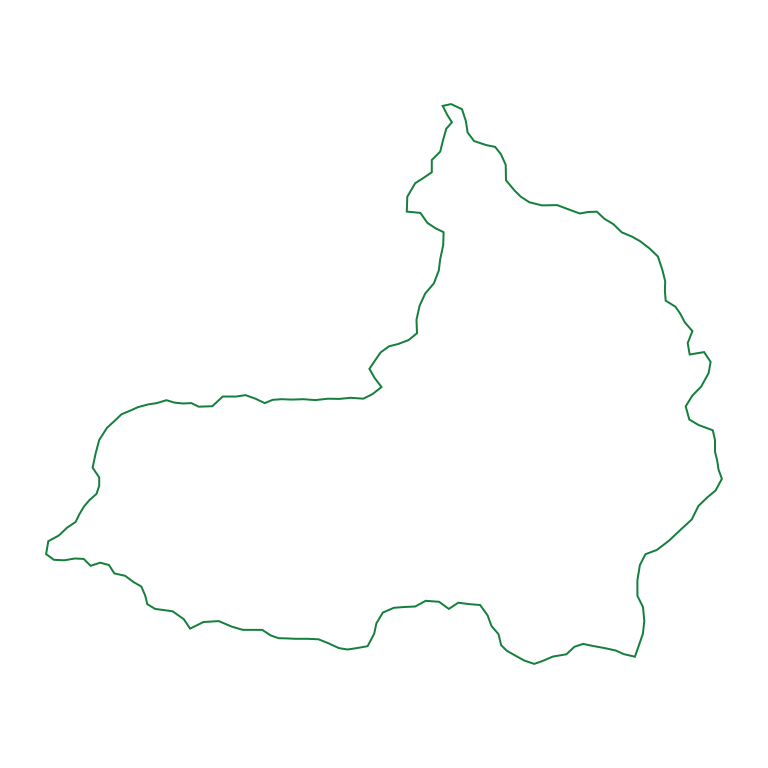 the district of São Pedro da União, Minas Gerais, Brazil
{"feature_id": "56859067B79679337847507", "entity_name": "São Pedro da União", "entity_type": "district", "adm_level": 2, "iso_a3": "BRA", "parent_name": "Brazil", "parent_adm1": "Minas Gerais", "projection": "albers", "projection_center": [-46.65, -21.105], "detail": "fine", "context": "isolated", "style": "outline", "palette": "green", "viewbox_px": 768, "rotation_deg": 0, "n_neighbors": 0, "source": "geoboundaries", "source_scale": "gbopen_adm2", "svg_char_len": 2556}
<svg xmlns="http://www.w3.org/2000/svg" viewBox="0 0 768 768"><path d="M451.1,104.1L442.7,105.9L447.2,114.8L451.9,122.3L446.3,128.7L443.2,139.6L440.2,151.6L431.8,160.0L431.8,172.2L423.5,177.9L415.2,183.2L407.3,196.7L406.8,211.6L420.4,212.9L427.4,222.9L435.8,228.4L443.6,232.2L443.2,245.2L440.2,259.2L438.8,270.5L433.9,283.3L425.2,293.5L419.6,305.7L416.5,319.7L417.0,333.2L408.5,340.1L398.2,344.0L389.0,346.3L380.6,352.4L374.2,361.7L369.4,368.8L374.7,378.1L381.5,387.0L372.5,394.1L363.3,398.7L350.7,397.8L339.3,398.9L327.9,398.7L315.3,400.1L303.4,399.2L291.7,399.6L281.7,399.2L272.8,399.8L264.7,403.1L255.5,398.7L245.4,395.1L236.6,396.5L222.8,396.5L212.3,406.2L198.7,406.7L191.4,403.1L183.0,403.5L174.4,402.6L166.4,400.2L156.8,403.1L148.2,404.4L138.1,407.1L130.7,410.4L121.5,414.3L114.2,421.2L107.0,427.8L99.2,440.0L95.7,453.1L92.6,467.7L99.2,477.4L99.2,485.9L96.5,493.9L89.2,500.3L84.0,506.5L79.5,514.0L75.6,522.0L67.3,527.5L58.8,535.5L48.3,541.2L46.1,554.1L53.9,559.8L64.4,560.3L74.8,558.5L83.7,558.9L90.6,565.8L100.1,562.7L109.0,565.0L114.3,573.4L125.1,575.8L133.8,582.2L141.3,586.5L145.2,595.5L147.3,604.2L155.1,608.9L172.6,611.3L183.7,619.1L190.1,628.6L203.5,622.0L218.8,621.1L231.6,626.6L243.0,629.9L252.8,629.9L262.2,629.9L270.9,635.5L278.7,638.2L286.8,638.4L295.7,638.8L307.4,638.8L318.5,639.3L328.5,643.3L338.9,648.1L347.5,649.5L356.2,648.2L367.6,646.2L374.2,633.7L376.4,623.3L382.9,612.5L393.9,607.8L404.3,607.0L415.2,606.5L425.7,600.8L439.1,601.8L448.8,608.9L458.3,602.7L468.9,604.1L480.1,605.0L487.6,615.4L491.5,626.0L498.5,634.2L501.2,645.3L507.1,651.0L515.5,655.7L524.3,660.6L534.3,663.9L543.3,660.7L552.7,656.6L566.4,654.3L574.4,646.8L583.1,643.9L592.6,645.9L605.7,648.3L615.7,650.5L623.7,654.1L634.9,656.7L639.0,645.0L642.9,633.7L644.3,621.0L643.0,607.1L637.4,595.8L637.4,580.3L639.9,565.0L645.5,554.2L656.9,549.9L668.7,540.9L680.1,530.2L691.8,519.4L698.4,506.0L707.5,497.2L715.5,490.6L721.9,478.8L718.5,469.5L717.2,460.6L715.0,451.8L715.0,440.0L712.8,430.3L698.5,425.0L689.3,419.5L685.7,406.4L692.4,395.5L701.1,386.7L708.6,373.1L710.6,361.9L704.1,352.1L689.7,354.5L687.7,343.1L692.4,331.1L684.9,322.5L680.2,313.6L675.4,306.7L665.7,300.7L664.9,291.2L665.2,281.3L662.4,270.0L657.9,256.5L649.6,248.5L640.1,241.2L632.3,236.8L621.7,232.3L613.4,224.2L604.4,218.8L596.9,211.7L588.0,212.0L579.9,213.5L570.7,210.2L557.1,205.1L541.9,205.4L529.2,202.2L520.8,196.7L514.7,190.7L506.0,180.3L505.7,164.8L500.8,154.0L495.1,146.9L486.3,145.1L474.1,141.1L467.6,132.5L465.9,121.2L462.0,109.2L451.1,104.1Z" fill="none" stroke="#15803d" stroke-width="2"/></svg>